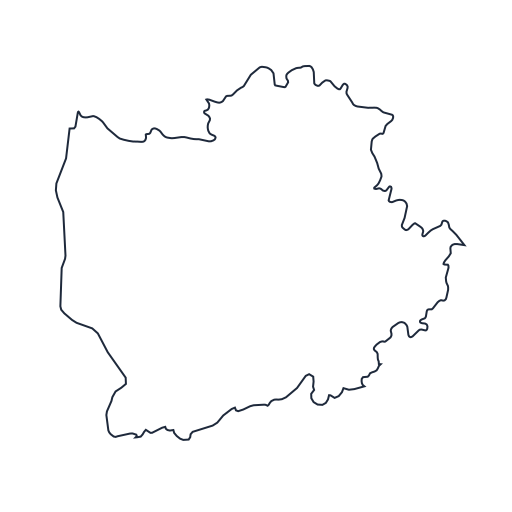 outline of Volyn, rotated 276°
{"feature_id": "UKR-318", "entity_name": "Volyn", "entity_type": "Region", "adm_level": 1, "iso_a3": "UKR", "parent_name": "Ukraine", "parent_adm1": "", "projection": "albers", "projection_center": [25.131, 51.122], "detail": "fine", "context": "isolated", "style": "outline", "palette": "slate", "viewbox_px": 512, "rotation_deg": 276, "n_neighbors": 0, "source": "natural_earth", "source_scale": "10m", "svg_char_len": 6093}
<svg xmlns="http://www.w3.org/2000/svg" viewBox="0 0 512 512"><g transform="rotate(276 256 256)"><path d="M307.3,49.9L333.2,56.9L363.3,57.3L363.9,61.7L365.8,62.9L379.8,63.8L380.7,64.0L381.0,64.4L380.5,65.0L377.6,66.8L376.6,68.0L376.2,69.0L376.0,70.2L376.0,72.0L376.3,73.8L378.1,79.3L378.1,80.2L377.4,82.8L375.9,85.8L373.9,88.8L372.8,90.0L367.4,94.9L359.9,105.8L358.6,108.2L357.8,112.3L357.2,117.4L357.0,121.7L357.4,126.6L357.5,129.8L357.8,131.6L358.2,132.4L358.6,133.0L360.0,133.9L362.0,134.3L365.3,133.7L365.7,134.2L366.3,136.9L366.8,137.5L367.5,138.0L370.3,138.8L371.0,139.2L371.6,139.8L372.3,141.3L372.3,142.5L371.9,144.1L370.7,146.7L369.8,147.9L367.2,150.3L366.1,151.6L365.2,153.0L364.8,154.0L364.5,155.4L364.3,159.3L364.4,160.5L364.8,162.6L366.5,169.4L366.8,172.3L366.6,174.5L366.0,178.7L365.8,182.0L365.9,184.0L366.2,186.9L365.1,197.2L365.4,199.3L366.5,201.5L367.5,202.7L368.2,203.1L369.6,203.4L370.3,203.1L370.9,202.5L371.3,201.7L372.1,199.0L372.9,197.4L373.5,196.8L375.5,195.5L377.1,194.9L378.9,194.5L380.9,194.4L382.9,194.6L386.2,195.9L387.9,195.9L389.3,195.1L390.5,194.0L392.4,190.1L393.0,189.5L393.8,189.3L394.5,189.4L395.0,189.8L395.6,191.4L396.5,192.8L398.1,193.6L399.1,193.8L401.1,193.8L402.8,193.3L406.4,190.3L406.7,191.1L406.6,193.2L405.2,198.7L404.7,201.4L404.6,203.3L404.8,204.1L405.5,205.6L406.6,206.9L411.6,209.5L412.2,210.5L412.8,214.2L413.1,215.0L414.2,216.2L418.7,219.8L421.8,223.5L422.6,224.9L423.7,226.1L435.7,231.9L443.8,239.8L444.2,240.4L444.8,242.1L444.7,245.9L444.5,247.4L443.9,249.1L442.5,251.7L439.5,254.3L428.5,256.7L427.7,257.3L427.5,258.8L426.9,265.8L426.9,267.0L427.4,267.7L432.1,269.8L433.7,269.4L435.7,267.8L437.3,267.4L439.0,267.3L440.5,268.0L441.8,269.1L444.5,272.1L447.0,276.3L447.5,278.0L448.0,280.8L449.4,282.7L449.9,284.3L450.6,289.2L450.3,290.3L449.6,291.5L447.5,293.1L445.0,294.2L433.8,295.9L433.0,296.5L432.3,297.5L431.7,299.4L431.8,300.5L432.2,301.3L435.3,303.7L437.5,306.2L437.9,306.8L438.1,307.7L438.1,308.7L437.9,310.7L437.6,311.7L433.0,316.4L431.0,319.5L430.5,321.1L430.7,322.1L431.4,322.6L435.2,324.4L436.1,325.1L436.5,325.6L436.6,326.2L436.5,326.8L435.6,328.4L434.2,329.4L432.7,329.5L428.8,328.8L427.0,329.1L425.8,329.9L418.8,335.6L417.3,336.6L416.5,337.5L415.7,339.3L415.3,341.2L415.1,351.8L415.9,358.4L416.0,360.4L415.8,361.4L415.5,362.2L414.5,364.1L413.5,365.4L412.4,367.2L412.1,368.1L410.7,376.5L410.2,377.3L409.3,377.8L407.7,377.9L405.6,377.3L404.3,376.3L401.0,372.8L398.9,371.3L391.8,370.0L391.1,369.6L390.7,369.0L390.8,367.4L390.7,366.6L390.3,365.9L387.3,362.2L384.9,359.9L384.1,359.5L382.0,359.1L373.7,359.2L370.5,360.9L367.2,363.5L361.1,366.8L355.7,368.9L351.0,371.9L349.5,372.3L348.1,372.5L344.2,371.5L340.8,370.2L338.9,368.9L336.5,366.6L336.0,366.4L335.4,366.6L335.2,367.8L335.3,368.8L336.2,371.3L336.1,372.3L335.6,373.6L334.4,375.3L334.1,377.0L334.3,378.0L334.9,378.8L338.5,381.0L339.1,381.5L339.2,382.3L338.9,383.1L337.6,383.7L336.5,383.7L325.2,382.1L324.4,382.6L323.9,383.4L323.7,385.0L323.9,386.0L325.9,389.7L326.5,391.4L326.9,393.1L326.9,395.2L326.8,396.2L326.4,397.4L325.6,398.7L323.9,400.2L321.4,401.1L309.4,399.8L302.0,397.8L300.4,398.1L299.5,398.8L298.0,401.0L297.5,402.0L297.5,402.9L298.1,404.2L298.7,404.9L303.4,408.5L305.0,410.2L305.2,410.9L302.5,416.0L301.4,417.8L300.2,418.9L298.7,419.6L297.8,419.7L294.9,419.2L294.0,419.3L293.4,419.7L293.1,420.5L293.4,421.5L294.0,422.3L297.2,424.9L299.6,427.1L301.1,429.0L305.2,436.1L306.5,437.1L309.4,437.7L310.1,438.0L310.6,438.7L310.8,439.5L310.8,440.7L310.4,441.9L309.5,443.4L307.4,444.4L304.5,445.3L303.2,446.4L301.3,449.0L298.0,453.0L288.6,462.1L288.9,455.0L288.6,452.2L287.8,450.5L287.0,449.6L285.4,448.6L283.9,448.5L279.1,449.4L275.8,447.8L271.4,444.7L269.2,443.6L267.7,443.3L267.3,444.0L267.2,444.8L267.4,447.7L266.4,448.4L264.4,448.7L254.4,447.0L250.8,447.7L249.1,448.3L246.3,450.0L244.7,450.4L242.4,450.6L234.6,449.7L232.9,449.3L231.6,448.2L231.3,447.5L231.2,446.6L231.4,444.6L230.6,443.1L229.0,441.5L222.4,437.4L221.3,436.3L221.0,433.4L220.5,432.3L219.7,431.8L218.7,431.6L213.6,431.3L212.4,430.9L211.6,430.3L210.3,427.6L209.4,426.4L208.5,425.9L207.6,426.0L207.0,426.5L206.7,427.3L206.5,428.3L206.5,431.2L205.8,432.8L205.0,433.4L203.8,433.9L201.6,433.9L200.5,433.5L199.8,432.8L199.7,432.0L200.2,428.2L199.8,426.5L199.0,425.6L192.4,420.1L191.6,418.8L191.4,418.0L191.7,417.2L192.1,416.6L193.5,415.8L201.4,413.9L202.8,413.1L204.0,411.9L205.0,410.6L205.4,408.8L205.5,407.8L205.1,406.1L204.3,404.6L199.6,399.2L198.0,398.2L196.3,397.8L195.5,397.9L192.7,398.9L191.0,399.0L189.1,398.3L184.5,393.6L184.2,392.9L184.2,392.0L184.4,391.2L184.1,389.9L183.4,388.3L180.5,385.2L178.6,383.8L177.2,383.0L175.9,382.9L175.2,383.2L174.2,384.3L173.3,385.8L172.7,386.4L171.3,387.2L167.5,387.7L165.7,388.1L164.1,389.0L161.4,389.5L161.4,391.3L159.7,389.8L156.7,388.8L154.9,387.9L153.5,386.0L152.5,383.7L151.3,381.7L149.0,380.8L147.6,379.7L146.7,375.1L144.8,374.0L142.6,374.1L140.6,374.6L138.9,375.6L137.7,377.4L133.9,367.7L132.7,362.4L133.7,356.8L129.5,355.7L125.3,352.9L123.1,349.0L125.2,344.7L125.2,343.2L120.9,342.6L117.2,340.8L114.9,337.6L114.7,332.8L116.7,328.6L120.3,325.9L124.7,325.3L128.8,327.8L132.0,326.4L137.2,326.4L142.0,325.5L144.0,321.2L142.0,318.0L129.0,310.6L118.6,300.6L116.3,296.7L115.5,293.4L115.4,291.1L115.0,289.1L113.3,286.4L111.4,285.1L109.4,284.2L108.3,283.2L109.0,281.2L109.0,279.7L107.3,269.2L106.0,265.9L102.0,259.4L99.8,254.5L100.4,252.2L103.0,250.9L101.3,247.8L94.0,240.1L86.2,234.9L82.8,230.6L74.5,211.4L71.9,209.6L68.9,209.5L66.4,208.2L65.5,202.9L66.4,199.6L68.7,196.0L71.5,193.1L74.3,192.0L73.4,188.6L73.7,186.1L74.8,184.4L76.6,183.6L75.4,180.6L69.3,171.1L69.1,169.5L71.6,164.6L69.4,163.1L66.7,161.9L64.3,160.2L63.3,156.7L63.0,155.2L64.4,156.3L65.8,155.6L66.6,151.8L66.3,149.4L62.3,137.3L61.4,135.3L61.6,133.3L63.6,130.1L65.2,128.5L67.1,127.4L82.2,123.8L85.9,124.0L96.7,127.4L100.6,127.9L106.6,130.5L110.9,135.8L115.2,140.0L121.4,139.1L144.8,118.6L162.5,106.8L166.9,100.7L170.8,84.5L173.2,79.7L178.9,71.4L182.2,67.9L185.5,66.7L223.8,64.0L233.2,66.4L236.4,66.5L279.6,59.7L293.4,52.4L300.4,50.1L307.3,49.9Z" fill="none" stroke="#1e293b" stroke-width="2"/></g></svg>